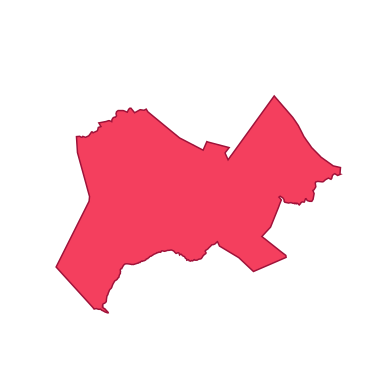 the district of Santa María Tecomavaca, Oaxaca, Mexico, rotated 346°
{"feature_id": "50627088B6219155410913", "entity_name": "Santa María Tecomavaca", "entity_type": "district", "adm_level": 2, "iso_a3": "MEX", "parent_name": "Mexico", "parent_adm1": "Oaxaca", "projection": "mercator", "projection_center": [-97.1, 17.955], "detail": "fine", "context": "isolated", "style": "filled", "palette": "rose", "viewbox_px": 384, "rotation_deg": 346, "n_neighbors": 0, "source": "geoboundaries", "source_scale": "gbopen_adm2", "svg_char_len": 4813}
<svg xmlns="http://www.w3.org/2000/svg" viewBox="0 0 384 384"><g transform="rotate(346 192 192)"><path d="M167.6,100.5L165.3,101.1L161.6,99.6L155.5,101.2L153.0,95.9L151.8,95.7L150.5,96.5L148.5,98.9L145.1,96.4L140.0,95.1L138.2,95.9L137.2,97.7L137.2,99.8L135.8,100.9L135.0,100.6L133.6,100.8L131.9,102.3L131.1,104.3L129.1,102.8L128.1,102.6L125.8,102.8L118.3,102.4L119.5,106.5L116.7,106.7L115.5,109.0L114.7,109.8L110.3,110.6L109.8,109.6L109.0,109.4L107.9,110.5L105.4,112.5L101.9,113.2L99.5,111.6L98.4,112.3L97.5,111.8L96.5,110.8L93.3,110.3L90.4,126.1L91.2,158.4L91.3,163.9L91.5,171.6L89.9,176.1L42.0,231.9L67.8,279.9L68.7,281.9L69.7,281.8L70.4,282.0L71.2,282.0L71.9,282.6L73.0,283.2L74.1,283.5L74.7,283.5L75.2,283.8L75.4,284.4L76.0,285.1L76.6,285.5L77.3,286.1L77.8,286.6L78.3,287.1L78.9,287.6L79.6,288.0L80.7,288.8L81.5,288.9L81.5,288.5L81.1,287.7L80.5,286.7L80.2,286.0L79.9,285.7L79.6,285.2L79.6,284.9L79.2,284.5L79.1,284.1L78.1,283.3L78.0,283.1L77.5,282.3L77.3,282.1L78.0,281.2L77.6,280.9L78.1,279.7L78.9,279.0L80.3,278.8L81.5,278.2L82.2,277.7L82.6,276.8L83.0,275.5L83.5,274.3L84.1,272.8L84.7,271.9L85.5,271.3L85.9,270.5L86.5,269.5L87.4,268.4L87.9,267.6L88.4,267.0L89.1,266.5L90.1,266.0L90.9,265.3L91.8,263.9L92.8,262.5L93.7,261.5L94.4,260.8L95.1,260.0L95.8,259.5L96.9,259.2L98.1,258.7L98.7,258.2L99.1,257.7L99.8,257.4L100.4,257.1L100.6,256.5L101.0,255.9L101.3,255.3L101.6,254.8L102.1,254.3L102.7,253.8L102.9,253.4L103.0,252.5L103.4,252.1L103.4,251.3L103.6,250.1L104.0,249.7L104.7,249.2L105.2,249.4L105.7,248.8L106.6,247.8L107.4,247.0L108.6,246.0L109.6,245.7L110.4,245.7L111.5,245.9L113.4,246.6L113.9,246.8L114.4,247.0L115.3,247.4L116.0,247.8L116.7,247.9L117.7,248.2L119.4,248.1L121.1,248.0L122.2,247.9L122.9,248.0L123.7,247.5L124.5,247.8L125.4,247.2L126.3,247.0L126.6,246.9L126.9,247.2L127.5,247.2L128.0,247.0L128.6,247.1L129.1,247.1L129.7,247.0L130.7,246.7L131.3,246.1L132.3,245.9L132.9,246.0L133.2,245.7L133.8,245.3L134.6,245.1L135.0,244.7L135.8,244.3L136.7,244.4L137.8,244.0L138.6,243.8L139.6,243.3L140.6,243.1L141.4,243.0L142.1,242.9L142.5,242.8L143.3,242.3L143.6,242.4L144.0,242.7L144.5,242.5L145.0,242.3L145.6,242.5L146.2,242.5L146.6,242.8L147.2,242.8L147.8,242.1L148.6,241.8L149.6,242.2L150.3,242.6L151.0,242.9L152.5,242.9L153.9,242.7L156.0,243.1L157.8,243.2L158.7,243.8L159.5,244.4L160.1,245.0L160.6,246.1L161.1,246.9L161.6,247.7L162.3,247.8L163.3,247.5L164.4,247.8L164.6,248.6L164.7,250.1L165.4,249.8L166.2,249.6L166.7,250.1L167.3,251.4L168.0,252.1L169.1,252.9L169.4,254.0L169.6,254.7L169.9,255.0L170.2,255.4L170.6,255.8L170.7,256.1L170.6,256.4L170.5,256.9L171.5,256.9L172.1,256.8L172.5,257.4L172.6,258.0L173.1,258.2L173.4,258.5L173.8,258.7L174.3,258.7L174.9,258.4L175.4,258.6L176.0,259.0L176.8,258.6L177.3,258.3L177.9,258.2L178.3,258.9L179.3,259.1L180.2,259.3L180.9,259.3L181.8,258.9L183.0,258.9L183.5,258.9L183.8,259.0L184.4,259.0L185.0,258.7L185.6,258.3L186.3,257.6L186.8,257.1L187.5,256.5L188.2,256.1L188.8,255.7L189.9,255.3L190.3,255.2L190.6,255.0L190.9,254.3L190.8,253.7L190.5,253.1L190.5,252.5L191.2,251.9L191.9,251.7L193.0,251.3L193.8,251.0L194.4,250.5L195.1,250.1L195.7,249.7L196.3,249.4L196.9,249.1L197.7,248.5L198.2,248.1L198.9,248.1L199.8,248.2L200.8,248.1L201.6,248.0L202.8,247.4L203.8,246.7L204.7,246.4L205.6,251.1L221.5,267.0L232.4,284.0L250.7,281.0L267.5,278.2L267.7,276.2L264.1,271.7L249.0,252.1L259.7,245.1L272.8,227.0L273.6,225.7L276.4,221.8L276.6,221.7L276.8,221.3L275.5,218.7L275.1,218.0L276.5,217.4L278.6,219.5L279.4,221.4L279.5,221.9L279.3,222.4L279.2,223.2L279.3,223.2L279.6,224.4L283.1,226.1L284.4,226.1L284.7,226.2L285.5,226.2L286.3,226.8L286.8,227.1L287.3,227.4L287.9,227.6L288.8,227.6L289.9,228.0L289.7,228.2L289.8,228.2L290.3,228.7L291.0,228.3L291.6,228.6L292.4,229.7L292.9,230.5L294.5,229.5L294.9,228.9L296.3,228.3L296.7,228.3L297.9,228.8L298.6,228.9L300.5,226.0L301.1,226.1L301.5,227.6L301.9,228.3L303.9,229.5L306.0,230.0L307.7,228.4L310.1,223.1L309.7,219.7L310.9,219.4L313.4,216.9L313.8,213.0L314.6,212.2L316.5,212.1L320.9,213.7L322.0,213.7L324.4,212.4L327.7,211.5L329.9,213.3L330.8,212.7L332.3,209.9L333.8,209.1L335.0,208.8L337.3,211.2L340.4,210.7L339.9,210.4L342.0,204.2L335.3,200.8L325.6,189.4L324.8,187.9L320.4,180.5L319.6,179.1L318.8,177.8L318.0,175.6L317.1,173.3L316.7,172.3L316.0,170.6L315.4,169.1L314.7,167.1L314.1,165.6L314.0,165.4L313.1,161.3L312.5,158.7L312.1,157.0L311.7,155.4L311.2,153.1L311.1,152.9L310.4,151.0L309.8,149.3L309.2,147.7L307.8,144.0L307.7,143.8L307.5,143.4L304.6,137.7L304.2,136.9L302.3,133.1L302.1,132.8L299.6,127.8L299.1,126.8L298.5,125.7L297.4,123.4L296.9,122.5L295.0,118.7L239.3,165.7L238.2,166.5L237.7,167.0L236.4,168.1L236.2,168.3L234.8,169.5L233.6,162.8L233.7,161.9L238.8,157.9L219.6,147.4L218.6,146.7L214.9,151.5L212.9,154.1L193.0,136.5L184.5,125.1L168.6,103.6L167.6,100.5Z" fill="#f43f5e" stroke="#9f1239" stroke-width="1.5"/></g></svg>